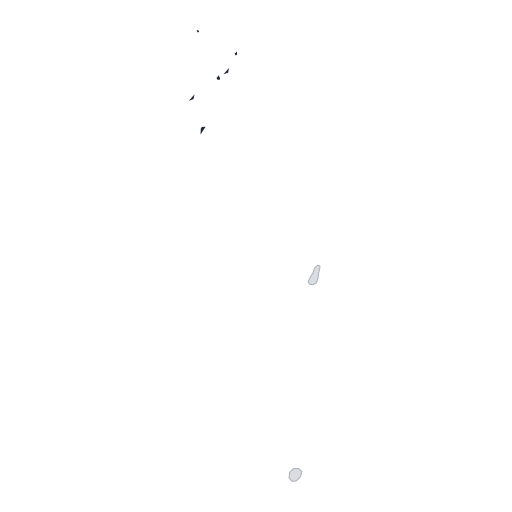 Maldives, with Baa highlighted
{"feature_id": "MDV-5228", "entity_name": "Baa", "entity_type": "Atoll", "adm_level": 1, "iso_a3": "MDV", "parent_name": "Maldives", "parent_adm1": "", "projection": "orthographic", "projection_center": [73.003, 5.117], "detail": "coarse", "context": "in_parent", "style": "outline", "palette": "slate", "viewbox_px": 512, "rotation_deg": 0, "n_neighbors": 0, "source": "natural_earth", "source_scale": "10m", "svg_char_len": 817}
<svg xmlns="http://www.w3.org/2000/svg" viewBox="0 0 512 512"><path d="M316.5,282.9L312.8,284.8L309.4,284.0L308.2,281.6L309.9,277.9L312.8,273.1L314.8,268.0L317.7,265.2L319.9,266.1L319.7,269.0L318.6,273.0L318.0,278.1L316.5,282.9ZM296.4,480.9L291.9,481.3L289.0,477.7L289.7,472.4L293.2,468.7L298.7,468.5L301.9,471.7L300.3,476.9L296.4,480.9Z" fill="#d9dde1" stroke="#a8b0b8" stroke-width="1"/><path d="M203.7,127.8L201.7,130.9L201.8,128.9L202.3,128.0L203.0,127.8L203.7,127.8ZM218.5,77.3L218.7,77.9L219.0,78.4L219.0,78.7L218.2,78.8L217.7,78.2L217.8,77.9L218.2,77.7L218.5,77.3ZM227.4,71.3L227.3,71.9L226.7,72.1L227.4,71.3ZM236.0,53.7L236.0,54.1L235.2,54.4L236.0,53.7ZM198.2,30.7L198.0,31.3L197.4,31.5L198.2,30.7ZM192.8,97.8L192.7,98.3L192.4,98.5L192.1,98.6L192.8,97.8Z" fill="none" stroke="#1e293b" stroke-width="2"/></svg>